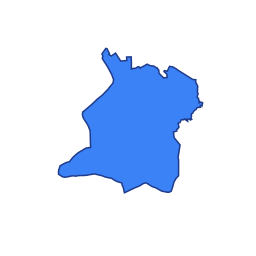 outline of Sunuapa, Chiapas, Mexico, rotated 52°
{"feature_id": "50627088B5498288476190", "entity_name": "Sunuapa", "entity_type": "district", "adm_level": 2, "iso_a3": "MEX", "parent_name": "Mexico", "parent_adm1": "Chiapas", "projection": "orthographic", "projection_center": [-93.257, 17.483], "detail": "fine", "context": "isolated", "style": "filled", "palette": "blue", "viewbox_px": 256, "rotation_deg": 52, "n_neighbors": 0, "source": "geoboundaries", "source_scale": "gbopen_adm2", "svg_char_len": 2875}
<svg xmlns="http://www.w3.org/2000/svg" viewBox="0 0 256 256"><g transform="rotate(52 128 128)"><path d="M128.2,207.8L129.8,204.6L131.0,202.1L131.7,201.0L132.2,200.4L134.0,198.5L135.1,196.2L137.8,192.6L139.2,190.7L143.5,182.7L150.0,177.6L152.3,176.3L152.5,176.2L156.2,173.1L156.3,173.1L156.4,172.9L157.3,172.0L157.6,171.9L161.4,170.6L161.6,170.4L162.0,170.2L163.3,169.7L164.4,168.9L167.3,166.9L168.0,166.8L169.0,167.6L172.3,168.5L176.8,170.7L177.5,167.9L179.2,159.9L180.7,154.8L181.2,150.0L182.3,147.5L189.1,145.0L192.5,142.8L198.3,140.4L200.0,139.0L202.8,136.6L204.0,135.0L204.1,134.3L204.4,132.8L202.8,130.4L202.5,129.9L201.2,128.1L198.8,124.9L198.1,123.0L197.3,121.1L196.8,117.6L194.1,115.5L192.4,114.1L188.2,110.8L187.5,110.3L184.2,107.7L183.8,107.5L182.4,107.0L180.0,104.5L178.7,103.1L173.4,97.4L164.0,97.6L159.1,94.7L160.4,91.4L159.1,90.5L159.2,88.8L159.0,87.9L158.8,87.4L155.1,85.6L155.7,83.7L154.3,80.9L155.7,79.2L155.5,78.1L157.3,77.5L159.4,76.8L158.3,76.2L157.3,76.2L158.8,74.0L160.1,74.0L160.3,72.3L159.0,72.4L157.9,70.8L155.9,69.5L156.0,68.9L156.2,68.2L155.5,66.6L155.1,64.8L155.3,63.0L154.4,61.1L156.2,58.2L154.9,57.4L155.3,56.2L156.2,56.2L154.2,53.7L152.9,54.2L152.4,55.3L151.9,56.4L151.0,55.1L150.3,55.4L147.9,54.2L147.5,54.5L146.1,54.5L145.3,53.4L144.0,51.5L143.0,51.6L142.0,50.7L141.7,50.4L140.8,49.9L138.1,47.4L133.2,46.3L131.7,44.8L129.6,47.1L112.7,53.2L111.6,53.4L107.6,55.0L105.0,57.3L106.4,60.1L107.4,62.0L105.2,63.9L105.6,64.9L109.7,64.3L112.3,66.1L111.1,67.8L110.8,69.0L109.2,69.2L108.0,69.4L107.1,69.5L104.0,69.8L102.8,69.1L101.4,68.1L98.1,68.1L97.8,68.7L96.6,69.1L95.1,69.5L94.4,70.2L93.0,71.7L91.2,72.9L89.5,73.6L89.3,74.7L89.1,76.2L88.8,78.0L88.4,79.9L88.4,81.6L87.6,81.5L87.1,81.5L86.7,81.6L86.3,81.8L86.0,82.3L85.8,82.8L85.7,83.5L85.7,84.3L85.7,84.9L85.4,85.7L84.8,86.2L84.3,87.2L83.6,89.0L78.5,85.0L76.0,83.2L73.9,81.7L71.2,85.4L73.2,86.8L74.1,87.4L70.8,92.5L66.6,92.2L61.3,91.7L61.0,96.8L58.4,97.9L58.2,96.9L52.6,95.7L51.6,96.5L53.6,102.9L55.8,103.6L56.7,104.5L56.9,105.0L57.1,105.2L57.4,105.4L58.1,105.5L60.3,105.8L63.8,106.1L66.0,106.3L67.0,106.4L70.6,107.0L71.2,107.1L73.6,107.6L74.5,107.7L76.1,108.0L78.8,108.9L80.8,109.5L82.8,111.4L82.9,111.6L83.6,113.2L84.3,116.6L85.1,119.7L86.3,128.0L86.3,133.6L86.3,134.2L86.9,139.7L87.2,144.2L87.2,144.8L87.5,150.9L87.5,152.6L87.5,153.7L89.2,155.6L92.3,157.0L94.0,157.2L95.7,157.4L99.0,157.6L102.4,158.2L104.3,158.8L106.5,159.5L108.6,160.8L110.7,162.4L111.5,163.0L112.5,163.7L116.6,166.8L118.3,168.0L120.3,169.4L119.4,170.9L117.9,173.6L117.6,176.5L117.1,180.3L116.9,182.2L116.8,182.8L117.1,188.7L117.6,191.2L117.8,191.9L118.2,193.9L118.5,194.9L118.2,195.6L117.5,197.1L116.9,199.0L116.9,199.3L116.4,201.9L116.3,202.4L116.1,204.1L116.0,205.1L117.2,206.5L118.5,208.5L119.5,209.6L121.7,211.2L125.9,209.7L126.1,209.7L126.6,209.2L128.2,207.8Z" fill="#3b82f6" stroke="#1e3a8a" stroke-width="1.5"/></g></svg>